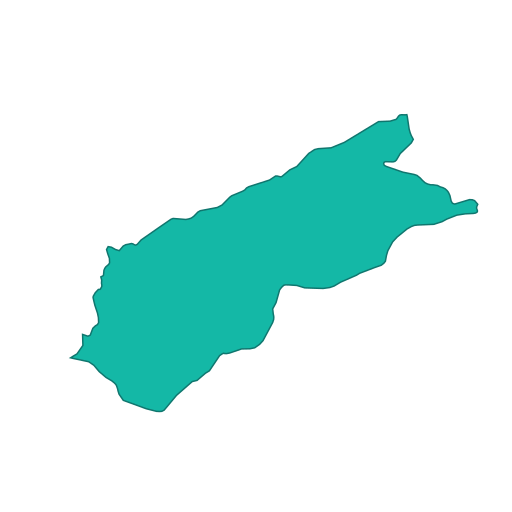 Kärnten, orthographic projection, rotated 144°
{"feature_id": "AUT-2325", "entity_name": "Kärnten", "entity_type": "State", "adm_level": 1, "iso_a3": "AUT", "parent_name": "Austria", "parent_adm1": "", "projection": "orthographic", "projection_center": [13.787, 46.758], "detail": "fine", "context": "isolated", "style": "filled", "palette": "teal", "viewbox_px": 512, "rotation_deg": 144, "n_neighbors": 0, "source": "natural_earth", "source_scale": "10m", "svg_char_len": 2730}
<svg xmlns="http://www.w3.org/2000/svg" viewBox="0 0 512 512"><g transform="rotate(144 256 256)"><path d="M56.8,285.5L55.3,284.8L52.2,282.4L50.9,281.7L51.7,279.8L57.5,268.7L58.8,265.2L59.6,262.2L60.2,257.9L63.9,256.2L79.1,254.1L86.0,251.1L88.0,250.9L89.8,251.6L95.8,256.2L97.1,256.5L97.7,256.3L98.3,255.8L98.6,255.2L98.8,254.6L98.9,253.8L97.9,251.8L87.9,237.5L80.2,229.1L78.4,226.6L77.3,222.6L76.9,219.3L76.2,215.9L74.8,213.3L72.8,210.9L71.0,209.6L67.7,206.4L66.3,203.6L64.6,201.4L63.5,199.2L63.0,196.8L62.9,195.6L62.9,194.5L63.2,192.8L63.6,190.9L65.8,185.8L66.1,183.2L64.7,181.2L50.1,176.1L47.9,174.3L46.6,172.3L46.2,167.5L48.4,166.2L49.0,165.6L49.6,164.7L49.8,164.1L50.0,163.2L50.2,162.6L50.7,161.9L51.5,161.5L53.1,161.7L55.2,162.7L61.9,167.1L69.5,171.0L79.9,173.7L85.3,174.4L93.5,177.1L106.9,186.0L109.7,187.6L112.8,188.5L117.9,189.1L130.6,188.4L137.2,187.1L146.2,182.8L150.1,179.8L154.4,175.7L156.9,175.0L160.1,174.9L166.7,176.9L182.3,181.1L186.0,181.4L202.9,185.1L210.5,185.8L214.8,187.1L220.8,190.3L235.3,201.6L240.3,208.2L246.8,213.6L249.1,215.3L250.7,216.0L253.8,215.6L256.8,214.7L267.2,206.5L273.6,203.4L276.1,199.0L276.9,197.2L277.6,196.0L279.0,194.3L281.6,192.4L300.1,183.4L305.0,182.4L311.0,182.5L315.4,184.5L322.3,189.3L334.3,193.0L337.3,194.4L339.0,195.8L339.4,196.4L340.9,196.7L344.0,196.8L361.2,190.5L365.8,190.9L376.8,190.0L381.4,191.9L402.2,190.0L420.9,185.3L423.5,185.7L425.3,186.8L427.8,188.8L434.6,197.0L448.2,217.2L448.0,224.7L447.0,227.7L446.0,230.0L445.1,233.0L444.9,234.4L445.2,236.6L446.1,239.9L448.7,245.9L450.8,254.6L451.4,262.9L453.5,268.8L464.3,280.8L465.8,282.6L462.4,282.4L458.4,282.0L448.6,285.4L442.4,294.5L439.1,289.9L436.6,289.4L434.2,291.0L430.5,293.4L429.9,293.5L427.0,293.9L424.6,293.7L422.5,294.6L419.7,298.8L417.8,303.0L416.5,307.1L415.3,310.9L413.6,315.0L412.2,318.2L411.3,319.1L407.5,320.8L403.2,321.6L401.6,320.6L398.8,321.9L397.8,323.1L397.0,324.8L395.0,327.2L393.8,330.3L392.5,330.1L391.5,329.9L390.7,330.1L387.4,333.8L385.6,334.9L383.9,335.5L380.2,335.8L378.5,336.5L376.0,340.2L374.6,345.0L373.8,347.2L373.1,349.1L370.1,350.5L367.8,348.1L365.9,343.9L363.5,340.7L357.6,342.1L354.7,341.7L352.4,340.6L349.4,339.3L348.4,338.1L347.9,336.8L347.1,335.6L345.2,335.2L339.5,336.5L319.0,336.1L303.2,335.7L302.8,335.6L301.0,335.1L291.3,326.8L288.8,325.6L286.0,324.7L283.0,324.7L280.0,325.2L277.3,325.7L274.5,325.4L258.8,318.0L253.6,317.2L242.6,319.0L240.2,319.0L228.9,316.3L226.3,316.0L223.7,316.6L221.1,316.3L200.4,309.5L193.2,309.2L191.9,308.3L189.5,305.5L188.3,305.1L177.9,305.8L170.4,304.4L153.0,308.0L146.1,307.7L142.5,306.2L131.7,299.4L117.8,296.0L77.9,292.7L68.3,286.3L64.0,284.8L62.5,284.2L61.2,284.4L58.4,285.4L56.8,285.5Z" fill="#14b8a6" stroke="#0f766e" stroke-width="1.5"/></g></svg>